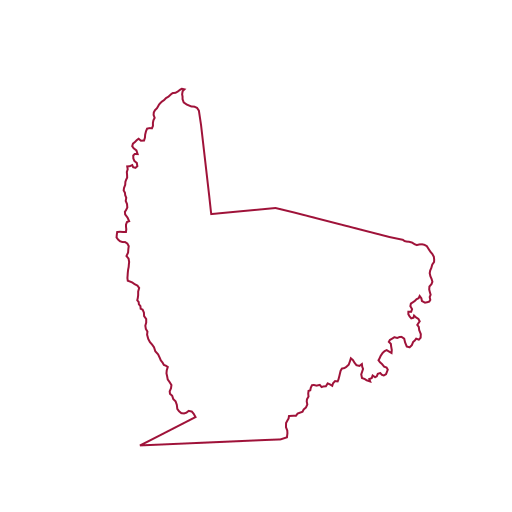 Aracatu, Bahia, Brazil, rotated 342°
{"feature_id": "56859067B11961587384233", "entity_name": "Aracatu", "entity_type": "district", "adm_level": 2, "iso_a3": "BRA", "parent_name": "Brazil", "parent_adm1": "Bahia", "projection": "equal_earth", "projection_center": [-41.359, -14.328], "detail": "fine", "context": "isolated", "style": "outline", "palette": "rose", "viewbox_px": 512, "rotation_deg": 342, "n_neighbors": 0, "source": "geoboundaries", "source_scale": "gbopen_adm2", "svg_char_len": 4284}
<svg xmlns="http://www.w3.org/2000/svg" viewBox="0 0 512 512"><g transform="rotate(342 256 256)"><path d="M239.4,75.4L237.1,74.0L235.2,74.4L232.5,75.4L229.9,75.9L227.0,75.3L225.0,76.0L222.0,77.4L219.2,78.0L216.8,79.3L214.1,80.1L212.3,81.0L210.6,82.0L208.9,83.6L207.4,84.9L205.0,86.1L203.2,87.8L202.2,90.2L202.3,93.3L200.4,95.2L199.1,97.5L198.2,100.4L196.5,102.4L194.3,101.5L191.8,101.2L189.9,103.4L188.1,106.3L187.0,109.0L185.2,111.6L182.2,110.8L180.6,108.2L178.3,109.0L176.1,110.2L173.7,111.1L172.2,113.3L172.9,115.7L174.9,118.6L174.9,122.5L172.2,121.5L170.3,122.5L169.5,125.3L169.7,128.0L171.4,130.7L170.9,133.9L168.6,134.9L166.6,133.6L166.4,131.3L163.7,131.6L161.2,131.0L160.8,133.8L159.1,136.2L158.4,139.2L157.7,141.6L156.1,143.3L154.7,145.1L153.6,147.9L151.5,150.5L150.4,152.8L150.9,155.3L150.4,157.8L150.6,160.5L149.1,163.4L149.4,166.7L148.6,170.1L146.5,172.3L145.0,173.4L144.4,176.0L145.7,179.8L146.1,183.7L143.8,183.8L142.1,185.9L141.4,188.0L140.9,190.5L139.7,193.0L137.0,192.1L134.1,190.9L131.4,190.3L130.3,192.5L129.1,195.3L129.9,197.7L131.2,199.9L133.2,201.4L135.8,202.3L137.5,204.4L138.0,207.3L136.7,210.0L135.4,213.2L132.8,216.0L134.0,219.1L133.5,222.5L132.5,224.7L131.5,227.1L130.2,229.4L128.8,232.5L127.9,234.8L126.9,237.2L126.4,239.9L128.2,241.3L130.1,242.9L131.8,245.2L134.1,247.5L135.0,250.3L133.0,253.3L131.8,256.9L130.5,259.6L129.4,261.4L130.2,263.5L129.7,265.7L130.6,267.9L130.0,270.5L131.6,272.0L131.9,275.2L131.0,278.6L132.1,282.0L131.0,285.4L129.2,288.1L128.7,291.3L129.4,294.3L128.1,297.2L127.9,301.6L128.5,305.1L129.8,308.1L130.8,311.3L130.8,315.5L132.5,319.3L133.0,323.2L133.2,325.8L134.2,328.5L134.7,331.1L136.4,332.5L137.8,334.3L135.8,337.1L134.6,339.9L134.3,343.0L133.9,346.1L134.8,349.0L135.7,352.6L134.3,355.5L132.1,358.0L131.6,360.5L133.1,363.0L133.1,366.5L134.6,369.4L134.7,373.1L133.9,377.1L134.8,379.8L136.4,382.4L138.9,383.5L141.4,383.5L144.1,382.5L146.9,384.1L148.0,386.9L148.7,390.5L97.8,398.7L87.1,400.3L207.4,433.7L222.6,438.0L229.4,438.0L231.1,434.3L231.8,431.7L231.6,428.1L233.0,424.1L235.1,422.1L236.8,420.6L237.9,418.4L240.4,419.0L242.6,419.6L244.6,420.3L246.9,418.7L249.2,418.6L252.1,418.5L253.9,416.7L256.7,415.5L258.9,413.1L259.3,410.0L260.2,408.0L262.5,405.9L263.1,403.1L264.3,400.5L266.1,400.5L267.4,398.2L269.3,396.2L271.1,396.5L273.5,398.0L276.8,398.3L277.9,400.9L279.8,400.9L282.2,401.5L284.8,399.3L286.7,401.0L288.4,403.0L289.9,400.9L292.5,399.4L294.9,400.5L296.2,399.0L298.0,396.2L299.7,393.4L301.0,391.3L302.9,389.6L305.3,389.9L307.3,389.5L310.6,388.0L312.8,385.2L314.6,382.6L316.0,384.9L316.7,387.9L317.8,390.9L320.4,392.5L323.3,391.5L322.8,394.1L322.9,396.5L321.0,399.1L319.5,401.1L319.1,404.8L321.3,406.5L322.8,408.4L325.8,410.6L325.7,408.0L328.3,407.9L330.0,405.7L331.8,408.1L333.7,407.7L335.4,405.7L338.0,405.7L339.0,407.9L340.6,409.1L343.1,408.6L344.6,406.8L346.2,404.8L345.7,402.4L343.7,400.9L342.4,397.6L341.1,395.4L340.3,393.0L341.8,391.6L343.7,389.5L346.5,387.3L348.9,386.2L351.2,385.9L353.1,388.1L354.9,390.1L356.1,387.3L356.6,383.7L357.1,381.2L355.8,378.7L357.4,377.2L360.3,376.6L362.5,376.0L365.0,377.6L367.5,377.4L369.4,377.9L371.4,380.4L371.1,384.2L371.4,388.7L373.9,390.3L376.6,389.0L378.9,386.3L381.0,385.4L382.8,384.1L385.0,385.9L387.3,384.6L388.6,381.2L388.3,376.9L388.9,373.7L388.1,371.4L389.8,370.0L391.5,368.7L391.0,366.0L389.1,363.7L387.9,361.5L386.6,363.4L384.4,363.3L383.4,360.9L382.9,358.4L383.7,356.1L386.3,357.0L388.0,354.8L387.3,351.4L388.6,349.1L390.9,348.5L393.2,347.8L395.3,346.7L397.6,346.4L399.3,344.6L400.2,347.3L399.9,350.1L402.3,352.6L404.9,352.9L406.7,352.9L408.2,351.6L408.5,348.7L410.1,346.8L410.2,343.7L410.4,341.3L411.5,338.6L414.2,337.0L415.8,335.0L415.9,332.1L415.6,329.1L415.9,326.0L417.2,323.6L419.0,321.6L421.0,318.6L423.5,316.7L424.3,314.6L424.9,311.7L424.3,308.5L423.3,306.2L422.5,303.4L421.5,299.4L419.6,297.4L417.6,296.2L415.1,295.5L412.3,295.3L410.5,293.8L408.5,291.4L405.9,289.7L403.9,288.9L401.9,287.7L400.7,286.0L388.8,279.2L341.4,249.1L328.8,241.1L305.7,226.4L289.4,216.4L260.0,209.8L256.9,209.1L252.9,208.2L234.1,204.0L231.3,203.4L226.4,202.3L226.9,199.6L229.9,185.2L244.2,114.5L246.6,100.1L245.7,96.9L243.5,94.9L240.7,93.8L238.6,92.0L236.9,90.5L234.7,87.6L234.6,84.2L235.4,81.7L235.7,79.4L237.2,76.5L239.4,75.4Z" fill="none" stroke="#9f1239" stroke-width="2"/></g></svg>